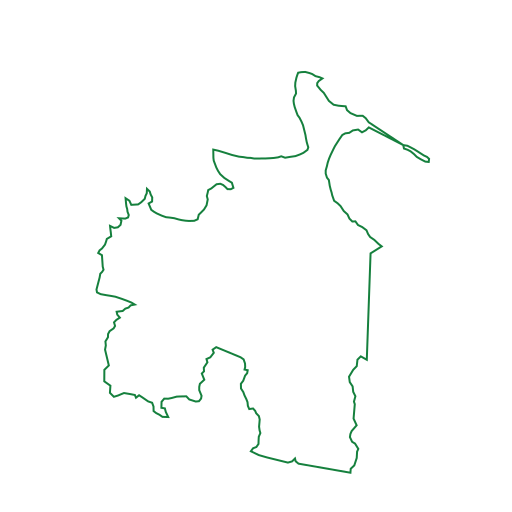 Barra do Ribeiro, Rio Grande do Sul, Brazil, rotated 286°
{"feature_id": "56859067B30618115493116", "entity_name": "Barra do Ribeiro", "entity_type": "district", "adm_level": 2, "iso_a3": "BRA", "parent_name": "Brazil", "parent_adm1": "Rio Grande do Sul", "projection": "natural_earth1", "projection_center": [-51.322, -30.367], "detail": "fine", "context": "isolated", "style": "outline", "palette": "green", "viewbox_px": 512, "rotation_deg": 286, "n_neighbors": 0, "source": "geoboundaries", "source_scale": "gbopen_adm2", "svg_char_len": 4265}
<svg xmlns="http://www.w3.org/2000/svg" viewBox="0 0 512 512"><g transform="rotate(286 256 256)"><path d="M403.2,367.0L415.6,327.5L418.7,323.5L420.2,319.9L418.5,314.3L419.4,307.4L421.3,303.3L424.6,300.9L423.9,297.5L423.2,293.8L422.8,288.9L425.2,283.3L428.3,279.8L431.5,276.2L433.5,272.4L436.7,267.8L439.1,267.2L441.5,268.1L445.0,270.9L445.4,267.8L445.3,263.6L446.4,259.9L446.6,256.9L446.5,252.6L445.2,248.8L443.8,246.0L441.3,245.8L438.7,245.7L433.6,246.0L430.1,246.8L425.8,248.8L423.2,249.7L418.9,248.8L415.5,249.3L412.9,250.4L409.9,252.1L405.5,255.2L402.8,257.2L401.0,259.6L397.7,262.7L394.6,265.2L389.9,267.9L385.9,270.2L382.9,271.6L379.6,273.3L377.3,274.7L374.9,276.3L372.2,276.2L368.2,273.1L365.7,270.2L362.9,266.4L360.7,261.5L358.5,256.9L358.8,252.8L356.9,250.0L355.2,246.2L354.2,243.5L352.4,238.3L349.2,227.5L348.8,223.7L348.0,220.6L347.6,216.8L346.8,212.2L346.5,205.1L346.7,198.1L346.8,190.7L346.5,185.6L338.6,188.0L336.0,189.1L330.2,193.4L327.5,195.9L324.8,199.0L322.3,204.0L320.6,209.6L319.8,212.6L315.3,215.5L313.3,213.4L312.4,210.2L313.9,207.6L315.2,204.8L315.6,201.8L314.1,198.3L308.6,194.4L306.2,191.9L303.6,192.1L300.1,192.2L297.1,194.0L291.1,194.5L286.4,193.2L282.7,191.2L279.9,189.6L275.2,189.8L272.8,186.9L271.2,181.9L270.5,178.4L270.0,174.7L269.8,171.4L269.8,167.0L269.2,162.7L268.5,158.8L268.8,154.3L269.6,148.8L270.4,145.7L271.5,142.6L276.9,138.3L279.7,141.1L283.7,140.1L286.1,137.8L288.7,136.1L290.5,132.7L286.2,133.7L283.4,133.2L280.3,133.3L276.1,130.9L273.1,128.5L270.8,122.0L274.2,119.1L275.6,114.7L270.7,116.6L267.9,117.8L265.7,119.2L263.1,120.3L260.3,122.4L257.8,122.4L255.9,120.0L254.5,113.9L252.8,116.9L248.6,117.2L245.5,115.3L243.9,111.9L244.7,107.4L241.0,108.9L238.7,109.9L235.0,111.4L231.3,107.9L228.7,107.9L225.3,107.7L220.8,105.9L218.3,104.1L215.4,103.5L214.3,107.7L203.5,111.6L200.8,113.2L198.4,112.5L196.0,111.2L192.3,111.6L179.8,111.9L177.2,113.2L176.5,117.2L177.1,123.1L177.6,127.1L178.1,132.0L177.8,139.1L177.4,144.4L176.9,149.1L175.9,152.8L174.0,149.1L171.3,147.7L169.4,144.9L166.4,143.0L164.0,137.4L161.4,138.8L159.2,142.1L156.1,139.4L153.1,137.8L149.9,139.8L147.2,139.1L143.4,136.0L140.2,135.3L137.1,136.1L132.4,134.8L128.6,136.3L124.4,136.7L110.2,144.7L104.8,141.6L93.7,144.7L91.2,151.8L84.2,153.3L81.5,158.2L83.9,161.9L86.1,164.6L87.9,166.9L88.6,173.1L89.0,177.9L86.7,179.7L89.9,182.0L88.8,185.6L86.5,192.4L86.3,196.6L83.0,199.0L78.7,200.3L77.5,203.3L76.8,206.9L75.6,210.4L77.0,216.0L81.2,212.3L84.4,210.4L84.0,206.9L89.8,205.4L93.6,207.1L94.6,210.9L96.2,214.0L99.0,218.6L100.1,221.9L101.9,227.7L99.7,231.4L99.5,238.2L100.7,241.2L103.8,242.5L106.6,242.2L111.4,238.4L114.6,237.5L117.7,237.3L122.8,240.4L128.1,236.3L130.8,237.8L134.3,236.6L140.4,238.6L143.3,236.8L146.0,240.0L151.3,242.1L154.0,240.1L157.4,242.9L154.4,269.1L153.2,272.6L149.6,275.1L146.3,276.2L143.7,276.3L143.9,279.5L140.9,279.8L138.0,278.5L132.5,278.1L129.0,276.7L124.5,278.1L121.7,281.3L118.8,283.4L115.7,286.2L113.2,288.1L109.7,289.5L107.0,291.7L108.6,295.2L106.9,297.9L104.9,299.5L102.9,302.9L99.9,304.6L96.9,305.2L92.8,306.0L89.4,307.5L87.0,309.0L83.0,308.5L79.1,309.4L76.0,310.2L72.5,309.0L70.4,306.2L66.9,304.9L65.4,313.5L65.4,322.2L66.2,343.6L68.5,347.3L72.1,349.3L69.6,350.7L68.1,354.1L73.7,406.5L77.6,405.7L81.8,408.2L89.6,408.5L95.8,407.1L98.8,407.5L103.0,402.9L103.9,399.6L107.8,396.2L110.9,395.8L114.1,396.2L121.0,399.4L126.6,394.6L140.8,391.8L143.0,390.3L148.6,390.2L152.2,386.9L157.3,384.8L160.6,380.9L165.6,378.7L173.4,380.8L177.9,383.2L184.3,382.1L188.4,384.4L186.8,391.1L290.1,365.4L299.9,374.2L301.4,370.4L304.1,365.3L305.7,360.5L308.0,357.7L311.2,355.1L313.1,350.1L313.9,345.5L316.7,342.0L315.7,339.1L317.7,335.5L321.2,332.5L323.4,328.0L327.3,323.5L329.2,319.9L330.6,315.9L335.4,312.5L337.8,311.2L340.4,309.5L343.9,307.5L349.1,305.1L350.9,302.6L354.4,300.3L357.5,299.4L361.9,299.4L365.5,299.2L369.8,299.4L373.9,299.9L380.3,301.0L383.4,301.6L391.4,304.0L396.1,305.6L398.5,308.0L400.1,311.7L403.4,314.5L405.7,319.3L404.1,323.8L407.1,326.9L410.7,329.0L403.2,367.0ZM403.2,367.0L400.1,368.6L399.9,372.4L399.2,375.8L397.5,379.8L395.6,383.2L394.4,387.7L393.4,392.7L394.0,396.1L397.1,395.6L398.4,393.0L398.9,389.7L400.1,385.7L401.1,382.4L402.2,378.6L403.0,374.8L403.7,371.2L403.2,367.0Z" fill="none" stroke="#15803d" stroke-width="2"/></g></svg>